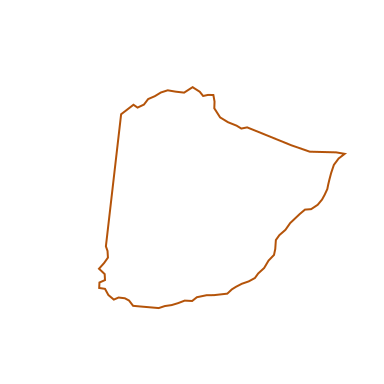 Mari, Paraíba, Brazil (orthographic projection), rotated 44°
{"feature_id": "56859067B78351678962852", "entity_name": "Mari", "entity_type": "district", "adm_level": 2, "iso_a3": "BRA", "parent_name": "Brazil", "parent_adm1": "Paraíba", "projection": "orthographic", "projection_center": [-35.297, -7.037], "detail": "fine", "context": "isolated", "style": "outline", "palette": "amber", "viewbox_px": 384, "rotation_deg": 44, "n_neighbors": 0, "source": "geoboundaries", "source_scale": "gbopen_adm2", "svg_char_len": 1133}
<svg xmlns="http://www.w3.org/2000/svg" viewBox="0 0 384 384"><g transform="rotate(44 192 192)"><path d="M186.8,107.2L183.4,112.1L178.0,113.3L169.4,116.8L160.4,118.8L149.9,116.3L145.4,111.3L140.0,107.4L136.1,111.0L133.3,115.2L127.9,114.5L119.6,116.2L117.3,126.0L110.5,131.2L103.9,135.7L100.5,142.0L98.7,148.9L95.9,155.6L96.7,162.5L94.2,169.1L89.3,169.9L87.0,185.3L104.9,208.7L167.8,290.9L172.2,293.1L177.1,297.6L178.1,304.1L178.4,311.8L186.2,311.7L190.6,315.8L188.3,321.4L191.9,325.5L196.7,322.1L203.4,324.2L210.5,323.7L212.5,318.9L217.5,315.1L222.1,313.8L228.7,314.8L233.8,310.7L248.7,298.6L251.7,292.9L255.9,287.5L259.2,281.6L262.2,275.2L267.8,270.3L268.6,264.3L274.2,256.1L279.4,251.0L288.0,240.6L288.3,234.4L289.5,229.6L291.6,223.4L294.9,216.9L297.0,210.2L296.2,204.6L296.7,196.6L294.7,188.1L294.7,180.3L291.5,175.2L285.7,168.3L284.8,162.3L285.5,154.3L284.2,146.1L284.5,139.6L284.8,132.9L285.5,126.2L289.6,121.6L291.3,113.9L290.8,107.1L289.4,102.0L287.3,95.9L284.8,92.0L282.2,87.6L278.9,81.7L275.2,73.9L274.2,66.0L275.3,58.5L268.1,63.4L248.7,81.2L231.0,89.4L186.8,107.2Z" fill="none" stroke="#b45309" stroke-width="2"/></g></svg>